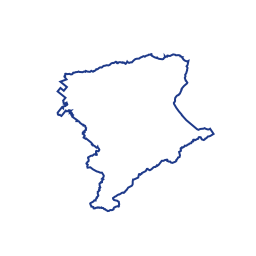 outline of South Wairarapa District, Wellington, New Zealand, rotated 204°
{"feature_id": "76426892B24718175617028", "entity_name": "South Wairarapa District", "entity_type": "district", "adm_level": 2, "iso_a3": "NZL", "parent_name": "New Zealand", "parent_adm1": "Wellington", "projection": "orthographic", "projection_center": [175.354, -41.267], "detail": "fine", "context": "isolated", "style": "outline", "palette": "blue", "viewbox_px": 256, "rotation_deg": 204, "n_neighbors": 0, "source": "geoboundaries", "source_scale": "gbopen_adm2", "svg_char_len": 5878}
<svg xmlns="http://www.w3.org/2000/svg" viewBox="0 0 256 256"><g transform="rotate(204 128 128)"><path d="M108.1,47.8L108.5,48.5L108.3,49.7L107.7,50.2L107.5,50.8L105.7,52.3L104.6,52.4L104.5,53.1L105.0,53.5L105.0,54.7L106.5,56.9L107.6,56.9L108.1,57.2L111.4,56.5L112.8,57.2L113.2,57.9L111.9,60.1L111.1,60.9L110.6,62.0L109.5,63.5L108.9,63.7L108.1,64.8L107.2,66.3L106.3,67.0L105.7,66.9L105.3,67.2L105.2,68.0L104.6,68.8L104.7,69.8L104.1,70.6L103.6,73.6L101.1,76.7L100.9,77.3L100.9,78.6L102.0,81.2L102.4,83.0L101.6,83.4L98.5,86.9L99.2,90.2L98.7,90.6L97.7,90.4L97.4,91.4L97.0,91.6L97.0,92.5L94.3,95.8L94.1,98.3L93.4,98.7L92.8,98.3L90.9,98.3L89.8,99.8L88.7,102.5L88.0,103.2L87.0,103.6L86.4,105.7L85.8,105.4L85.0,106.8L83.8,111.8L82.2,112.5L81.1,113.9L80.4,114.2L79.5,115.0L79.2,115.0L78.6,113.8L77.8,114.0L76.9,113.9L75.9,114.5L74.8,113.9L73.2,114.2L70.9,116.6L70.5,117.6L70.9,118.2L70.5,118.9L70.5,119.7L70.2,120.5L70.3,121.4L69.1,122.4L69.4,124.2L71.6,126.9L70.4,128.5L70.6,129.3L70.9,129.5L71.6,130.8L71.4,131.3L70.7,131.5L70.8,132.4L69.7,132.8L68.9,134.1L69.0,134.9L67.5,135.5L67.1,136.1L66.9,136.9L65.8,137.8L65.6,138.8L64.2,139.7L64.0,140.3L64.2,141.1L63.9,141.4L63.7,142.0L63.1,142.1L62.9,142.7L63.6,143.6L63.5,143.9L62.6,144.3L61.4,144.4L60.8,145.5L59.5,146.7L59.7,148.0L59.4,148.6L57.9,149.1L55.9,147.6L53.9,147.8L53.2,148.9L53.1,149.8L52.3,150.5L51.5,152.8L50.7,153.2L49.6,154.2L47.4,157.4L52.7,160.7L53.0,160.1L54.2,159.2L56.2,158.9L58.0,159.0L58.6,158.2L61.6,156.5L62.9,155.0L64.4,155.0L78.0,158.9L83.1,161.2L83.9,161.9L83.5,161.1L84.7,162.2L88.3,163.9L92.1,166.1L95.7,168.7L96.3,169.5L96.3,170.2L96.0,170.7L96.0,171.9L96.7,173.2L97.1,174.9L96.5,177.3L95.8,178.3L95.2,178.6L95.2,179.4L94.6,180.4L94.6,185.0L94.7,185.5L94.9,185.5L94.7,186.7L93.9,189.3L92.3,192.6L92.2,193.5L94.2,194.8L94.5,194.7L96.5,196.9L96.5,198.6L97.4,199.8L97.1,201.9L97.4,203.6L97.4,204.6L97.8,205.4L97.9,206.5L98.2,207.3L99.6,208.2L99.2,209.8L100.1,213.9L101.1,212.8L103.7,212.7L105.4,213.2L105.7,213.6L106.4,213.8L107.1,214.4L107.0,214.9L108.0,214.7L108.5,215.0L109.3,214.7L109.9,215.3L110.3,215.4L111.7,215.0L113.8,213.9L114.7,214.1L116.7,213.6L118.9,210.9L121.1,210.1L120.9,209.8L121.0,209.6L121.3,210.0L122.5,208.2L122.8,208.1L123.5,208.5L123.0,207.6L123.6,206.6L123.8,205.4L124.5,204.8L127.8,203.8L129.2,203.8L130.1,204.2L130.3,203.6L132.4,203.4L135.6,203.7L136.0,203.9L136.5,205.0L136.9,205.0L137.2,204.1L138.8,203.5L139.4,202.5L140.8,201.4L141.6,200.0L142.5,200.1L143.2,199.8L144.2,198.5L145.3,197.4L146.0,196.0L148.4,194.7L149.4,193.8L150.3,192.0L151.2,189.5L152.2,189.1L153.5,187.9L154.3,188.1L155.1,187.8L155.7,188.2L155.7,187.7L156.0,187.0L156.0,186.1L156.4,185.6L157.2,185.9L157.8,185.8L158.2,186.1L159.2,185.6L159.5,185.8L159.8,185.2L161.0,185.2L162.5,184.7L163.5,183.9L163.6,183.1L164.2,182.8L164.6,182.9L164.9,183.5L166.0,183.6L167.5,181.5L168.2,181.4L169.4,180.4L170.0,179.3L170.3,178.3L171.3,177.2L173.0,176.7L174.5,175.4L175.3,175.0L176.2,173.7L176.3,173.0L176.9,172.4L178.1,172.1L178.9,171.0L179.7,169.3L180.9,168.8L180.9,168.1L181.9,166.3L182.4,166.2L182.9,165.2L184.8,165.3L185.4,164.0L185.9,163.7L188.1,163.0L189.7,163.0L189.8,162.0L190.9,161.9L192.2,160.5L195.3,159.4L196.1,159.5L196.8,158.7L198.7,157.6L199.3,156.8L200.5,156.3L200.7,155.6L200.6,155.2L201.1,154.2L202.5,153.6L203.4,153.7L205.2,152.6L206.9,152.3L207.3,152.0L206.8,150.9L207.1,150.3L206.9,150.0L207.0,149.5L206.5,149.4L206.6,148.8L203.9,147.4L208.6,142.8L200.5,140.6L201.8,135.9L206.0,137.1L207.2,132.8L197.4,130.2L198.4,126.6L197.6,125.7L197.3,125.0L196.6,124.5L196.5,124.1L195.9,124.4L195.4,124.0L195.1,124.0L194.6,124.6L195.4,125.1L194.5,126.1L194.2,125.6L193.7,125.6L193.0,124.8L193.2,124.1L194.0,123.3L194.1,122.6L195.7,121.5L196.3,120.8L196.2,120.1L195.5,120.0L195.3,119.6L196.8,120.0L198.5,113.4L197.7,112.1L197.4,111.8L196.8,112.0L196.3,111.8L195.6,112.3L195.3,112.1L193.7,111.9L191.9,118.6L190.8,118.3L190.0,118.9L189.4,119.0L189.4,119.7L188.4,119.4L188.3,120.5L188.1,120.5L188.0,119.7L187.2,120.4L187.4,119.7L187.2,118.3L186.8,118.8L186.3,118.4L186.2,119.0L185.7,119.0L184.9,118.3L185.5,118.0L185.6,117.5L185.1,117.2L184.0,117.3L184.3,116.6L183.6,116.5L183.9,116.1L183.5,115.6L177.8,114.5L178.0,113.9L177.9,113.3L175.9,114.1L175.0,113.9L174.2,113.3L171.5,112.6L170.3,112.8L169.8,112.0L169.6,112.0L169.1,112.6L168.0,112.5L167.0,111.2L165.5,110.6L165.8,110.6L166.1,110.1L165.6,109.2L166.0,108.9L166.4,108.0L166.0,107.0L166.4,107.0L166.3,106.6L167.2,106.4L167.2,105.6L167.4,105.3L167.2,104.8L166.8,105.2L166.5,104.9L166.8,104.7L166.8,104.3L166.3,104.2L166.0,104.5L165.8,104.0L164.5,103.5L164.3,103.2L164.7,101.8L164.7,101.2L162.3,100.9L162.1,101.4L155.7,99.7L154.0,98.8L154.3,98.3L153.3,97.7L152.7,98.1L150.4,97.8L150.2,97.6L148.7,97.2L148.2,97.7L148.1,98.4L147.6,97.8L146.3,97.3L145.3,96.4L145.4,95.0L145.8,94.5L147.5,94.3L147.7,94.1L147.7,93.6L147.0,92.0L146.0,91.5L145.6,90.9L146.2,90.4L147.5,90.5L148.2,90.3L149.3,88.1L149.9,88.0L150.6,87.5L152.5,84.9L152.4,84.4L151.3,83.5L150.6,82.0L150.6,81.4L151.2,80.7L151.2,79.8L151.6,78.8L151.1,78.3L149.8,78.1L149.7,76.4L148.8,75.3L146.4,76.8L143.3,76.0L138.8,75.6L137.3,75.9L135.2,75.9L133.6,76.6L130.8,74.7L130.5,73.8L130.5,72.8L131.1,71.0L129.8,71.0L130.2,70.1L130.1,69.0L130.4,68.3L129.9,68.3L129.7,67.9L131.3,66.0L131.4,65.6L130.5,63.9L129.2,62.5L129.9,61.7L129.7,61.3L129.1,60.9L129.4,60.0L128.7,59.5L129.0,59.0L129.0,58.3L129.7,57.5L129.2,56.5L129.1,55.9L127.7,54.4L127.6,53.9L128.4,51.9L127.9,51.6L128.5,49.6L128.1,48.6L129.4,48.1L129.7,46.8L131.8,44.0L131.8,43.5L130.7,42.4L129.9,42.0L129.6,41.3L127.5,41.7L126.7,40.6L125.5,41.1L125.0,41.9L123.7,42.6L123.7,43.0L122.5,43.5L122.3,43.3L121.7,43.4L121.5,43.8L120.2,44.1L119.9,44.5L119.6,44.2L118.0,44.8L116.8,44.2L116.1,44.5L115.9,44.3L115.6,44.4L114.2,44.0L113.1,44.1L112.7,43.9L111.6,44.6L111.2,45.4L110.4,46.1L109.7,46.2L108.9,46.7L108.1,47.8Z" fill="none" stroke="#1e3a8a" stroke-width="2"/></g></svg>